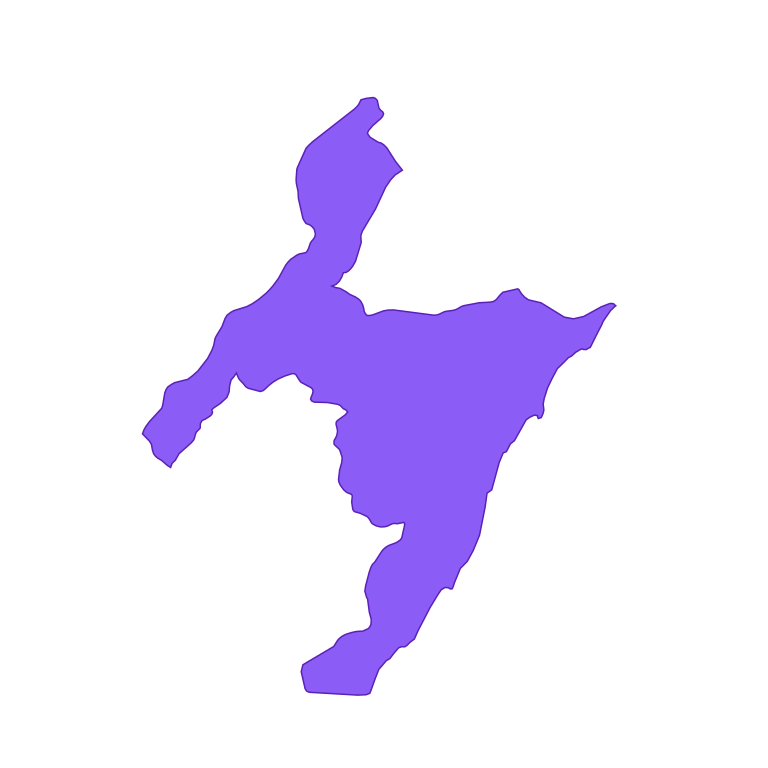 map outline of La Libertad (Equal Earth projection), rotated 236°
{"feature_id": "PER-580", "entity_name": "La Libertad", "entity_type": "Department", "adm_level": 1, "iso_a3": "PER", "parent_name": "Peru", "parent_adm1": "", "projection": "equal_earth", "projection_center": [-78.244, -7.962], "detail": "fine", "context": "isolated", "style": "filled", "palette": "violet", "viewbox_px": 768, "rotation_deg": 236, "n_neighbors": 0, "source": "natural_earth", "source_scale": "10m", "svg_char_len": 4827}
<svg xmlns="http://www.w3.org/2000/svg" viewBox="0 0 768 768"><g transform="rotate(236 384 384)"><path d="M319.2,619.9L319.2,618.7L318.1,612.7L316.7,609.1L314.8,604.2L313.4,600.8L310.8,596.7L307.2,590.0L299.0,575.5L299.4,573.3L299.4,571.1L300.7,569.1L302.7,567.3L303.1,560.5L302.3,555.1L302.7,551.5L301.4,545.4L299.8,536.3L294.6,526.5L289.3,517.4L282.4,508.7L278.4,504.8L272.9,501.9L270.4,499.1L268.2,495.6L269.1,492.6L270.9,493.0L271.8,493.6L274.1,491.4L274.9,486.6L274.8,481.8L264.1,460.5L263.7,455.4L259.5,447.7L260.2,444.2L254.5,435.6L236.0,414.1L235.9,408.4L225.5,399.1L205.2,378.6L196.1,364.9L190.4,353.9L188.4,344.1L179.8,331.2L177.7,328.5L176.1,326.1L176.9,324.4L179.0,323.5L181.2,320.8L181.4,316.3L179.1,310.6L172.9,297.2L160.4,274.2L155.6,266.6L155.3,261.0L154.4,256.6L154.5,254.3L156.4,251.6L157.1,248.5L155.2,241.5L153.1,235.4L153.3,231.0L150.3,220.1L144.7,212.0L137.8,202.6L135.5,199.3L136.4,195.4L140.8,188.2L170.1,149.8L171.3,148.9L172.8,148.1L175.5,148.2L191.8,154.5L196.6,159.8L194.5,195.5L197.4,202.2L198.0,204.5L198.3,207.7L198.1,210.5L197.6,213.2L196.2,217.8L194.5,222.2L192.6,225.7L191.1,227.8L190.0,234.1L190.5,236.0L191.5,238.1L192.9,239.5L196.0,241.8L203.2,244.3L214.6,250.0L217.3,250.4L223.0,252.3L227.1,256.1L236.5,266.8L239.3,270.6L240.9,273.5L241.3,275.7L241.7,277.2L246.7,288.9L247.3,291.2L247.6,293.8L247.6,296.1L247.4,298.1L245.9,304.2L245.5,307.1L245.7,310.8L246.8,313.0L255.6,322.3L257.1,323.1L258.2,323.0L260.4,317.6L260.9,316.7L261.6,315.8L262.2,315.1L262.8,314.3L263.3,313.3L263.6,312.1L264.2,307.9L264.5,306.6L265.4,304.5L266.9,302.0L268.1,300.5L271.1,298.0L274.4,296.3L275.2,296.1L275.7,296.0L280.2,296.3L283.3,296.0L290.2,291.9L294.5,288.3L295.4,288.0L297.5,288.0L304.2,291.2L308.4,294.7L309.5,295.3L310.8,295.3L314.0,293.0L316.1,292.1L318.9,291.4L324.4,291.2L327.6,291.7L330.0,292.7L337.5,299.1L342.8,305.3L346.6,308.3L354.4,310.5L361.7,308.9L363.3,309.7L365.1,311.1L366.2,313.4L367.6,315.9L370.6,318.9L373.4,320.3L376.9,321.5L378.6,322.6L379.5,323.8L379.8,326.0L380.1,334.8L381.2,338.3L384.1,337.8L386.1,336.5L390.7,335.7L393.1,334.2L400.2,326.8L408.0,316.0L410.3,314.6L412.3,314.6L413.6,315.9L416.0,319.5L417.6,321.1L419.9,321.9L422.1,321.3L431.9,316.1L434.2,315.9L440.9,316.2L442.8,315.3L444.0,313.5L446.1,306.2L447.4,298.7L447.6,292.9L447.2,287.7L446.3,282.5L446.1,280.1L446.9,277.3L456.3,269.1L458.6,268.0L460.9,267.7L462.9,267.6L468.7,266.6L470.5,266.7L475.6,267.8L473.9,263.3L472.8,259.4L468.6,254.8L464.1,251.2L460.7,246.3L459.4,237.5L459.4,229.4L459.0,227.0L458.1,226.4L456.9,226.3L455.8,225.4L454.9,223.4L454.7,222.2L454.8,216.0L455.3,214.2L455.3,212.4L454.1,210.0L452.8,208.8L451.4,207.9L450.2,206.9L449.8,205.1L449.0,201.4L447.3,198.9L445.4,197.0L443.9,194.7L443.0,191.2L440.8,175.0L437.5,168.4L436.7,163.9L434.1,160.4L437.5,158.9L445.0,156.9L449.0,155.0L451.7,154.2L454.8,154.0L458.5,155.0L463.9,157.4L467.9,157.6L477.7,155.9L480.1,159.2L481.8,162.5L484.0,168.6L488.2,186.2L490.1,188.6L499.2,197.3L501.2,200.1L502.5,203.3L502.5,207.7L502.2,211.2L497.6,223.9L497.9,229.5L498.9,237.1L503.8,252.0L508.1,260.0L511.3,264.5L516.1,269.3L517.6,271.8L522.2,281.8L527.2,288.9L528.8,292.3L529.1,297.0L528.8,300.5L524.9,313.5L524.2,319.6L524.2,327.3L525.2,337.1L526.2,342.1L527.5,346.9L530.6,355.6L537.6,369.2L538.8,372.9L539.5,376.1L539.6,383.6L539.3,385.8L538.9,387.2L537.5,390.5L536.9,392.1L536.7,393.0L536.8,393.8L537.6,395.5L538.7,397.4L542.0,401.7L542.9,403.9L543.5,406.3L544.7,408.9L546.8,411.1L551.4,412.7L555.0,412.3L557.4,411.4L560.7,409.1L564.3,409.1L566.9,409.5L585.7,416.8L591.6,420.4L599.3,423.5L602.7,425.5L610.5,431.6L611.8,433.1L623.0,451.2L623.9,454.8L624.8,460.3L628.5,513.5L629.2,517.0L629.9,519.3L632.5,523.9L630.7,529.1L627.5,535.3L625.6,536.6L622.9,537.0L615.5,534.1L612.7,534.3L610.4,535.1L608.3,534.8L606.8,532.8L605.9,530.0L604.5,519.1L602.8,513.1L601.8,511.4L601.1,510.5L599.2,510.3L596.2,510.5L587.8,514.3L585.3,516.4L582.3,517.6L578.2,518.4L562.0,518.0L551.0,518.8L551.1,510.2L549.6,503.8L546.3,495.5L533.8,474.8L522.9,451.7L520.7,448.7L519.6,447.5L517.8,446.4L514.1,444.3L501.6,428.9L499.0,423.5L498.2,420.9L497.6,417.9L497.7,415.0L499.0,412.6L496.1,408.5L494.2,404.4L493.4,399.9L494.3,395.6L490.9,397.9L488.0,400.9L481.8,404.1L477.3,405.8L472.1,409.0L468.7,410.4L466.0,411.0L461.5,410.6L457.6,409.3L455.6,408.3L453.4,407.9L450.5,408.1L448.9,410.3L447.7,413.0L444.9,424.5L443.0,428.7L440.1,433.3L413.1,463.9L411.6,466.6L410.9,469.3L410.4,473.1L409.9,475.3L406.1,483.1L405.5,485.3L405.2,487.3L405.1,489.7L404.9,491.8L404.3,494.0L398.1,508.4L392.6,517.6L391.3,520.6L391.1,523.1L391.5,525.4L392.8,529.6L393.6,533.8L388.1,548.1L386.7,548.7L385.9,548.5L381.5,548.5L377.1,549.2L372.9,550.9L363.5,559.6L338.7,570.8L332.1,577.5L328.3,587.3L326.5,607.3L324.7,615.2L324.0,617.1L322.3,619.1L319.2,619.9Z" fill="#8b5cf6" stroke="#5b21b6" stroke-width="1.5"/></g></svg>